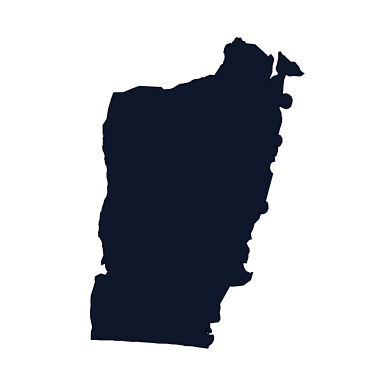 outline of Ada West, Greater Accra, Ghana, rotated 7°
{"feature_id": "2480657B39710750100206", "entity_name": "Ada West", "entity_type": "district", "adm_level": 2, "iso_a3": "GHA", "parent_name": "Ghana", "parent_adm1": "Greater Accra", "projection": "equal_earth", "projection_center": [0.418, 5.893], "detail": "fine", "context": "isolated", "style": "filled", "palette": "ink", "viewbox_px": 384, "rotation_deg": 7, "n_neighbors": 0, "source": "geoboundaries", "source_scale": "gbopen_adm2", "svg_char_len": 5906}
<svg xmlns="http://www.w3.org/2000/svg" viewBox="0 0 384 384"><g transform="rotate(7 192 192)"><path d="M288.2,60.9L286.1,59.9L285.5,59.3L284.9,59.1L283.6,57.4L283.1,56.2L282.0,54.7L280.7,53.7L280.4,53.2L278.6,51.4L277.9,51.0L274.9,51.3L274.2,51.0L273.3,51.2L272.3,50.1L270.8,49.0L270.3,48.9L270.1,48.5L269.6,48.2L268.5,47.7L268.1,47.0L267.7,46.6L266.8,45.9L266.0,45.7L265.3,45.8L264.6,45.0L263.7,43.7L263.0,43.0L262.4,42.4L262.0,42.5L261.6,42.8L261.3,43.4L261.4,44.4L261.7,45.8L261.9,48.3L261.9,50.2L261.6,52.4L261.6,54.5L260.8,57.8L260.8,59.1L261.0,59.9L261.6,61.2L262.3,62.0L263.1,62.7L263.6,63.4L263.2,65.7L262.7,66.1L260.9,66.8L260.1,66.9L259.0,67.7L257.8,68.9L256.6,70.6L255.3,71.8L254.6,70.3L255.9,65.3L256.2,64.3L256.4,63.2L256.3,61.4L255.9,57.0L256.7,50.8L256.4,49.8L255.9,48.8L254.2,46.9L253.6,46.3L253.1,46.6L252.6,47.2L252.0,48.4L251.3,49.5L251.0,49.6L250.7,49.3L250.2,48.4L248.4,46.6L247.2,46.5L246.9,46.1L246.6,45.5L246.4,45.3L236.5,38.4L226.9,38.5L226.5,38.4L226.4,38.1L226.3,37.3L226.1,37.1L225.6,36.6L225.2,36.5L223.9,36.8L223.4,36.5L222.7,35.2L221.8,33.9L221.5,33.6L220.9,33.6L220.6,33.8L219.7,34.2L219.4,34.2L217.7,33.6L216.6,34.6L216.3,35.3L216.4,36.0L216.2,36.4L214.7,38.0L213.3,41.1L213.1,41.3L212.8,41.2L212.6,41.1L212.2,40.3L211.8,40.0L210.7,41.3L210.0,41.0L209.2,41.8L208.6,41.9L208.5,42.1L208.5,42.9L208.4,43.1L207.9,43.2L207.3,45.4L207.1,45.7L207.2,47.3L207.0,47.5L206.9,48.4L207.0,48.9L206.9,49.5L207.1,49.7L207.4,49.4L207.6,49.4L207.8,49.8L208.1,49.9L208.1,50.3L207.9,50.8L208.0,51.1L208.3,51.7L208.3,52.3L208.9,54.6L208.9,54.8L208.6,55.2L208.5,55.5L208.5,55.8L208.9,56.4L208.8,56.9L208.5,57.2L208.1,58.4L207.8,58.8L207.9,59.9L207.9,60.9L208.0,61.2L207.7,61.6L206.6,61.9L206.3,62.4L205.3,63.3L205.0,64.6L203.4,68.1L202.9,69.0L202.7,69.2L202.5,70.0L201.8,71.2L201.6,71.4L200.6,74.0L195.6,74.1L194.6,74.9L193.4,75.4L190.9,76.9L189.9,77.6L187.9,77.5L186.4,79.0L183.3,79.9L182.1,80.1L180.8,80.5L179.0,81.5L177.3,83.1L175.6,84.2L173.4,85.1L171.8,85.4L170.1,86.2L169.0,86.5L167.9,86.5L166.6,87.1L163.2,89.7L161.5,91.3L157.4,93.3L157.0,93.4L154.4,93.6L153.5,94.1L152.2,94.2L150.2,93.7L148.8,92.3L126.9,93.8L121.0,96.8L113.7,101.0L112.1,102.0L102.4,103.3L101.0,109.4L101.0,109.8L99.3,119.8L99.0,130.0L95.9,136.5L95.8,137.4L95.9,138.0L96.3,139.4L96.4,141.3L96.7,143.5L97.3,146.0L97.8,146.5L98.0,147.0L97.9,147.7L97.6,148.6L97.5,149.5L97.6,150.5L98.1,151.7L98.2,152.5L98.1,153.2L98.2,153.5L98.2,154.2L98.5,155.1L98.6,155.5L98.0,157.8L98.7,160.7L99.2,162.0L100.1,163.0L100.5,164.0L101.4,165.7L101.5,166.6L101.8,167.6L101.5,169.5L101.6,170.0L101.9,170.2L102.2,170.8L102.6,173.1L102.8,173.6L103.1,173.9L103.2,174.9L104.1,175.9L104.7,176.4L105.0,177.4L105.0,178.3L105.8,180.5L105.6,183.7L106.1,187.6L107.3,191.1L107.7,191.7L107.9,192.3L107.8,193.1L108.0,193.6L108.1,194.4L108.2,195.2L108.0,196.1L107.8,196.8L108.8,203.2L108.1,207.5L106.6,210.6L106.4,211.3L106.2,214.5L105.8,215.3L105.8,216.1L105.5,217.4L105.5,218.1L105.4,218.5L105.2,218.8L105.1,222.9L104.3,223.2L104.2,223.7L104.1,227.4L104.5,230.6L104.3,230.9L104.0,231.2L103.8,234.3L103.9,234.8L103.8,235.4L103.9,235.9L104.6,236.7L104.6,236.9L104.4,237.2L104.5,237.6L104.7,237.8L104.8,238.1L104.6,238.6L104.6,239.3L104.9,240.9L104.4,243.0L104.3,243.5L104.5,244.3L104.8,244.7L104.8,245.7L105.0,247.2L105.5,247.7L106.6,248.2L107.1,249.0L107.3,249.2L107.5,250.0L107.8,250.5L108.3,250.8L108.5,250.9L108.9,251.2L109.0,251.6L109.0,252.7L109.8,253.2L110.0,255.1L110.0,256.6L110.2,257.2L110.8,257.9L111.5,261.3L111.6,262.1L112.1,263.0L111.9,263.5L112.1,263.8L112.1,264.3L112.6,265.0L112.7,265.3L111.4,269.5L110.9,271.7L110.9,272.7L111.4,274.9L113.9,273.1L114.2,272.6L115.1,273.8L115.5,276.0L115.7,277.2L116.0,277.4L116.4,278.6L116.8,278.7L117.3,280.0L117.5,280.2L118.2,280.2L118.5,280.4L118.5,281.9L118.2,282.5L117.7,283.1L116.5,285.5L116.0,286.3L115.1,285.3L111.6,284.7L106.8,287.7L106.6,288.9L106.6,289.5L106.7,290.3L107.4,293.3L106.8,295.7L106.6,298.0L106.1,300.6L105.0,306.1L104.9,307.3L105.1,310.8L105.3,313.4L105.9,316.2L106.0,321.5L106.9,328.8L109.9,337.6L110.1,339.2L110.1,339.7L109.9,340.6L109.5,341.2L109.6,345.0L110.2,350.4L114.0,349.8L119.2,349.6L131.5,348.1L133.4,348.4L138.8,347.8L140.7,347.4L143.0,347.6L152.5,347.2L154.4,346.7L173.3,345.8L176.0,345.9L185.6,344.9L191.0,344.9L193.6,344.6L200.9,344.6L204.1,345.0L210.1,344.4L217.8,344.7L226.6,344.8L226.8,342.6L229.7,339.7L231.2,336.1L230.8,332.5L230.1,331.7L227.2,332.2L226.8,332.7L225.5,331.7L224.1,330.9L223.4,330.7L222.5,328.1L222.8,326.7L223.2,326.3L223.8,327.2L223.8,328.3L225.9,329.9L225.9,329.0L228.0,328.8L228.0,327.0L226.6,325.5L225.7,324.2L225.6,322.0L225.0,319.7L233.3,317.5L234.0,317.1L235.1,314.3L233.4,308.3L233.8,303.9L232.9,299.9L233.2,298.7L241.0,279.8L243.0,280.5L254.1,277.9L260.6,271.8L261.7,264.8L261.3,264.8L261.0,265.5L260.6,265.5L259.9,266.0L259.3,265.9L257.2,265.1L255.4,264.6L254.0,263.3L252.6,261.3L251.6,259.0L250.6,256.9L249.8,256.1L254.5,255.4L254.5,253.8L255.1,251.1L255.2,249.5L254.8,246.5L255.8,244.5L255.4,241.9L252.5,237.7L251.4,236.4L253.8,232.7L254.6,231.8L256.4,231.1L255.1,228.0L254.8,225.9L256.5,220.9L257.2,215.7L261.3,210.3L262.6,204.3L263.5,204.9L266.1,204.3L268.2,202.5L269.3,199.2L268.6,195.6L267.6,193.3L265.5,192.5L266.0,190.0L269.6,164.0L267.8,162.9L266.1,160.0L265.7,157.0L266.2,153.8L268.0,151.9L270.1,151.2L269.0,146.7L270.7,145.6L271.6,141.2L271.3,137.7L269.4,136.5L272.2,136.2L273.8,134.5L274.9,131.4L274.6,128.2L272.7,125.6L270.1,125.2L270.9,117.9L271.4,116.1L272.1,111.4L271.9,108.3L271.6,106.9L270.9,105.8L270.7,104.4L270.6,102.9L270.1,102.3L267.5,97.4L269.2,95.2L269.9,96.0L271.3,96.7L274.8,97.7L277.2,96.9L279.3,94.8L279.9,91.4L280.0,88.4L278.4,85.3L275.5,83.6L273.3,83.3L271.4,83.8L269.9,85.2L269.3,84.5L269.7,83.8L269.4,82.6L269.4,79.8L269.1,76.3L269.1,69.0L270.2,64.9L270.3,63.2L274.7,64.8L276.1,64.3L278.8,63.7L284.0,63.5L286.1,62.9L287.0,61.9L288.2,60.9Z" fill="#0f172a" stroke="#020617" stroke-width="1.5"/></g></svg>